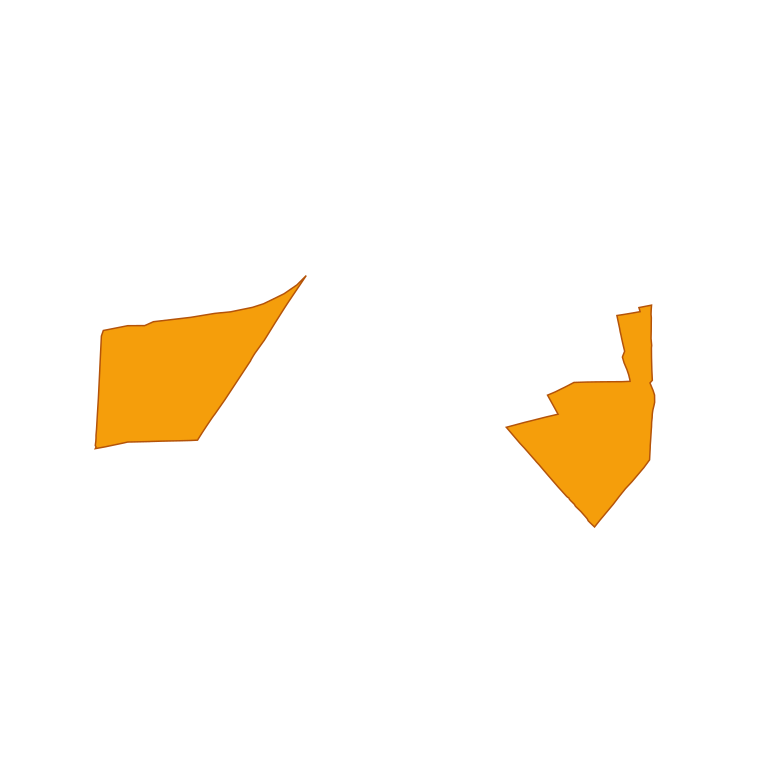 outline of Rafael Lara Grajales, Puebla, Mexico, rotated 304°
{"feature_id": "50627088B86596089339193", "entity_name": "Rafael Lara Grajales", "entity_type": "district", "adm_level": 2, "iso_a3": "MEX", "parent_name": "Mexico", "parent_adm1": "Puebla", "projection": "robinson", "projection_center": [-97.812, 19.247], "detail": "fine", "context": "isolated", "style": "filled", "palette": "amber", "viewbox_px": 768, "rotation_deg": 304, "n_neighbors": 0, "source": "geoboundaries", "source_scale": "gbopen_adm2", "svg_char_len": 2164}
<svg xmlns="http://www.w3.org/2000/svg" viewBox="0 0 768 768"><g transform="rotate(304 384 384)"><path d="M271.4,121.4L265.7,122.9L238.0,139.7L237.7,139.9L212.1,155.4L198.5,163.4L185.7,171.0L180.5,173.9L178.1,175.5L175.4,177.1L172.8,178.4L171.5,179.1L170.9,180.3L170.3,180.6L169.7,180.7L169.0,180.8L175.9,187.9L189.7,201.3L192.6,204.0L193.9,205.9L205.6,222.4L205.8,222.6L212.2,231.5L217.5,239.0L223.0,246.8L228.7,254.8L232.8,260.3L233.2,260.8L235.7,260.7L242.2,260.5L250.2,260.4L259.1,260.4L263.2,260.5L263.6,260.6L281.9,260.9L328.9,260.4L329.3,260.2L334.1,259.9L337.2,259.8L340.3,259.9L350.7,260.2L353.2,260.3L358.9,260.1L374.3,259.5L391.8,259.0L397.8,258.9L406.4,258.9L414.8,258.9L421.1,258.9L427.0,258.9L430.4,258.9L417.5,256.4L402.8,250.6L383.2,239.3L374.0,232.1L358.0,216.4L352.5,209.8L352.0,209.1L347.7,204.0L331.1,186.4L306.7,158.0L298.5,152.9L296.8,150.3L295.9,149.0L289.0,138.9L271.4,121.4ZM599.0,561.7L589.9,552.6L587.2,555.9L581.7,550.2L576.2,544.4L571.0,538.8L567.7,542.2L562.1,548.0L559.4,550.6L556.7,553.5L555.0,555.2L551.2,559.2L545.7,565.2L540.3,566.4L539.6,566.6L535.8,571.2L533.3,575.0L531.9,577.2L528.3,581.9L526.9,583.4L525.0,585.5L523.9,586.4L523.8,586.5L519.0,580.0L513.2,571.5L504.8,559.3L499.0,551.0L491.5,540.6L482.3,535.6L478.7,533.5L473.4,530.5L470.6,528.7L466.2,525.8L456.3,545.2L454.9,543.9L447.6,537.1L434.2,525.1L430.9,522.1L416.5,509.6L411.1,529.0L410.8,530.1L409.4,536.2L405.9,549.4L405.4,551.4L404.7,553.8L403.8,557.6L401.9,564.3L399.8,571.9L396.1,585.6L392.9,598.5L392.8,600.0L392.9,600.8L392.8,601.2L392.2,602.0L391.7,603.8L390.7,609.1L389.7,611.1L389.3,613.3L389.1,614.5L388.4,618.4L386.0,627.5L385.6,628.4L384.8,629.7L384.2,632.6L383.2,638.5L392.2,639.2L412.4,641.3L422.7,641.9L432.2,642.7L441.7,644.2L450.8,645.2L460.1,646.2L469.6,646.6L479.9,640.4L481.9,639.1L485.4,637.1L496.0,630.9L497.8,629.9L502.1,627.2L505.9,625.2L509.0,623.3L511.0,622.3L512.9,621.4L517.0,619.9L520.2,618.6L526.1,614.5L529.1,610.7L533.6,603.9L537.1,604.4L545.4,598.2L555.5,591.0L563.5,585.5L565.6,584.4L571.1,579.9L577.8,575.6L584.4,571.2L588.4,568.6L591.1,566.4L595.0,564.0L599.0,561.7Z" fill="#f59e0b" stroke="#b45309" stroke-width="1.5"/></g></svg>